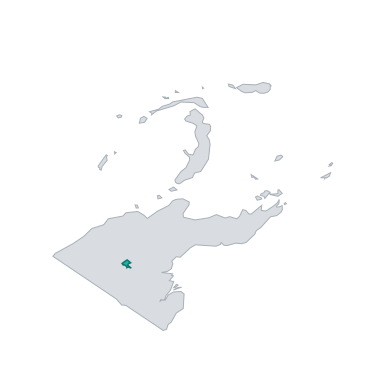 Tari/Pori District, Southern Highlands, Papua New Guinea shown in context, rotated 304°
{"feature_id": "67681753B42536665224623", "entity_name": "Tari/Pori District", "entity_type": "district", "adm_level": 2, "iso_a3": "PNG", "parent_name": "Papua New Guinea", "parent_adm1": "Southern Highlands", "projection": "natural_earth1", "projection_center": [142.92, -5.861], "detail": "fine", "context": "in_parent", "style": "filled", "palette": "teal", "viewbox_px": 384, "rotation_deg": 304, "n_neighbors": 0, "source": "geoboundaries", "source_scale": "gbopen_adm2", "svg_char_len": 4156}
<svg xmlns="http://www.w3.org/2000/svg" viewBox="0 0 384 384"><g transform="rotate(304 192 192)"><path d="M61.1,245.6L61.0,200.4L59.0,197.0L61.0,189.0L60.9,112.6L64.7,113.0L82.8,122.3L95.0,127.2L105.7,129.4L115.5,137.1L122.8,137.5L133.5,148.2L137.9,148.9L145.5,157.9L145.9,165.1L145.1,169.7L156.7,174.1L167.8,180.3L173.8,180.9L177.2,183.1L181.3,188.3L182.1,195.4L179.7,196.7L169.3,196.6L166.3,198.9L170.5,210.1L179.9,220.2L186.9,224.9L189.0,234.1L192.6,237.0L194.9,244.3L198.5,245.0L205.7,243.9L206.8,246.9L205.7,251.5L206.8,253.4L219.9,257.3L215.5,259.7L217.5,263.9L226.1,267.5L231.4,268.9L234.6,268.5L230.8,270.6L227.5,269.9L226.9,270.6L228.2,272.4L231.0,274.3L228.1,276.7L225.2,277.1L219.9,275.5L215.3,270.9L201.0,268.9L196.0,266.9L192.1,267.6L180.5,265.1L176.7,261.9L174.2,257.0L167.3,251.1L165.7,248.3L166.4,244.4L164.5,245.0L160.5,242.2L150.1,224.3L144.7,221.8L131.4,218.7L129.5,215.2L123.3,213.9L121.9,216.2L116.8,217.8L112.5,216.1L108.2,211.7L113.3,221.6L111.5,221.6L112.3,223.1L111.4,223.4L105.8,222.8L107.5,226.9L98.4,229.1L91.6,228.3L88.3,229.3L87.0,229.2L85.2,226.2L82.7,226.8L84.8,226.8L87.4,230.3L93.1,229.8L98.7,232.5L103.3,238.4L103.1,242.4L90.5,249.9L83.1,246.7L72.4,247.5L68.7,246.3L63.9,247.7L61.1,245.6ZM252.3,145.5L254.9,147.5L257.5,145.4L262.6,148.0L261.6,157.8L259.9,160.5L255.6,161.5L255.1,163.0L257.9,168.8L256.7,170.8L253.0,173.0L246.8,172.8L245.2,176.7L241.7,180.3L228.4,187.3L213.9,187.8L209.2,183.5L204.2,184.3L197.5,179.2L191.9,177.1L190.8,175.1L190.9,172.6L192.5,171.1L202.5,171.4L208.8,173.4L217.1,172.2L219.4,170.6L220.3,164.3L221.7,161.7L223.1,162.9L221.4,167.8L223.3,172.2L229.3,170.9L233.0,171.9L236.0,170.6L240.2,163.8L243.5,160.7L249.6,159.1L249.5,154.1L247.4,147.2L248.3,145.1L252.3,145.5ZM325.0,195.9L324.2,198.2L323.8,197.5L320.7,199.5L317.3,198.9L314.2,196.6L311.8,192.7L311.7,188.2L308.3,186.2L303.9,180.5L303.1,176.7L303.5,170.6L309.9,174.1L316.4,184.9L322.6,189.7L325.0,195.9ZM275.4,148.2L271.1,158.0L268.5,154.0L267.4,151.2L267.2,143.7L260.4,132.5L253.4,128.8L239.1,117.1L233.4,115.3L234.8,114.8L234.8,111.9L241.9,118.0L246.3,119.4L252.1,124.1L256.1,125.8L273.4,143.2L275.4,148.2ZM161.2,99.7L174.8,100.1L175.0,101.4L173.2,101.5L170.9,103.9L162.8,103.2L159.3,104.5L159.0,102.8L160.4,102.3L160.2,100.5L161.2,99.7ZM229.1,250.3L231.5,252.0L233.6,251.8L235.2,253.7L235.4,256.9L234.6,257.6L234.0,256.6L227.4,256.0L228.7,254.2L227.5,250.6L229.1,250.3ZM227.9,113.7L223.2,113.7L219.6,109.9L224.2,108.0L227.8,109.8L227.9,113.7ZM238.7,264.1L241.8,262.1L242.5,262.8L241.3,267.6L236.5,265.6L233.4,257.7L238.7,264.1ZM264.0,243.4L269.2,242.5L271.7,244.6L272.5,245.4L272.0,247.5L267.6,246.6L264.0,243.4ZM275.7,290.7L285.5,296.1L281.8,297.0L278.8,295.6L278.4,294.2L277.2,294.7L277.8,293.8L275.7,290.7ZM185.3,178.4L181.0,174.3L181.2,171.5L185.8,174.0L185.3,178.4ZM225.8,253.3L224.5,253.4L221.7,250.6L223.4,247.4L225.4,248.6L225.8,253.3ZM302.0,170.3L300.2,163.7L301.8,161.8L303.5,165.9L302.0,170.3ZM170.3,170.3L167.3,167.7L169.5,165.4L170.9,166.6L170.3,170.3ZM216.1,91.1L214.4,91.5L212.2,89.4L212.9,87.0L215.4,88.6L216.1,91.1ZM150.5,154.1L148.8,156.5L147.5,154.7L149.5,152.1L150.5,154.1ZM239.5,231.3L239.6,239.2L238.2,237.7L238.9,234.4L237.5,233.5L239.5,231.3ZM104.5,233.4L107.4,236.6L100.3,231.4L104.5,233.4ZM107.0,232.6L103.1,231.3L102.4,230.3L106.9,230.8L107.0,232.6ZM294.6,291.5L294.4,292.6L291.8,292.8L290.1,291.2L291.8,291.6L291.5,290.5L294.6,291.5ZM266.8,121.5L266.9,125.1L265.1,122.6L266.8,121.5ZM257.3,119.5L256.5,120.5L254.7,118.0L255.1,117.5L257.3,119.5ZM235.4,275.2L235.1,276.8L233.4,276.0L233.7,275.0L235.4,275.2ZM255.7,116.7L254.3,117.2L254.6,114.7L255.7,116.7ZM182.0,105.2L182.2,107.1L180.3,106.6L182.0,105.2ZM284.8,141.9L284.6,143.6L283.5,143.0L284.8,141.9Z" fill="#d9dde1" stroke="#a8b0b8" stroke-width="1"/><path d="M97.3,175.3L93.7,174.0L93.4,174.7L93.5,174.9L93.3,175.1L93.0,175.7L93.1,176.0L93.8,176.2L93.8,177.4L93.8,177.8L93.7,178.2L93.8,178.9L93.7,179.7L93.4,180.1L92.9,180.3L94.2,181.3L95.0,184.2L95.1,181.4L95.1,181.2L95.3,180.3L95.3,179.8L95.5,179.6L96.1,179.4L97.2,179.6L97.3,179.6L99.0,180.7L99.4,177.0L99.4,176.8L99.4,176.2L97.3,175.3Z" fill="#14b8a6" stroke="#0f766e" stroke-width="1.5"/></g></svg>